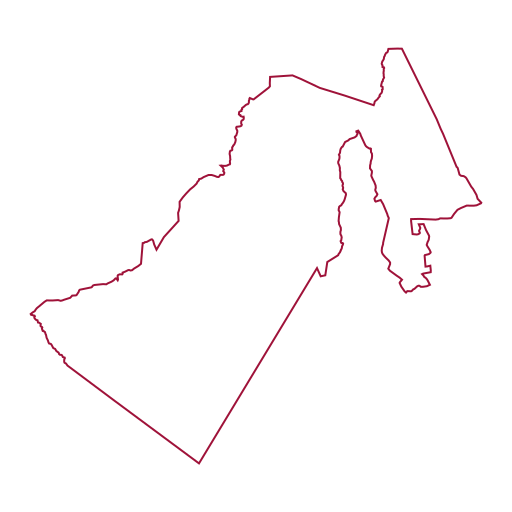 Buuri, Eastern, Kenya
{"feature_id": "3690345B42438423970575", "entity_name": "Buuri", "entity_type": "district", "adm_level": 2, "iso_a3": "KEN", "parent_name": "Kenya", "parent_adm1": "Eastern", "projection": "robinson", "projection_center": [37.421, 0.09], "detail": "fine", "context": "isolated", "style": "outline", "palette": "rose", "viewbox_px": 512, "rotation_deg": 0, "n_neighbors": 0, "source": "geoboundaries", "source_scale": "gbopen_adm2", "svg_char_len": 5996}
<svg xmlns="http://www.w3.org/2000/svg" viewBox="0 0 512 512"><path d="M401.9,48.7L397.3,48.6L388.4,48.9L387.7,51.7L387.3,52.4L386.5,52.7L386.0,53.1L385.0,54.9L384.7,56.0L384.1,56.9L383.8,59.0L383.0,60.5L382.3,61.4L381.7,63.7L382.0,64.7L382.5,65.2L382.5,67.0L383.9,67.3L384.2,68.0L383.7,68.9L383.8,71.0L383.6,71.6L383.5,73.4L383.7,74.0L383.7,76.1L384.1,77.6L383.0,79.5L382.7,81.3L382.1,81.6L381.1,85.4L381.2,86.3L382.0,86.5L382.6,86.9L382.7,89.2L382.0,89.7L382.2,90.8L381.7,92.7L380.2,94.3L379.5,95.4L379.8,96.3L378.6,97.6L377.4,99.3L375.1,101.2L374.6,102.0L374.4,103.3L373.7,105.2L344.8,95.6L319.8,87.9L301.2,79.1L292.5,75.4L270.1,76.9L269.8,82.9L269.9,86.3L268.8,87.6L253.6,99.4L252.8,99.3L249.8,98.0L249.4,98.6L249.4,99.5L248.9,100.7L248.9,102.4L248.5,103.5L247.8,104.2L247.1,104.3L245.9,104.9L243.3,107.2L242.7,107.5L242.0,108.2L242.1,109.3L241.4,109.9L241.5,111.0L239.5,111.7L239.1,112.2L238.9,114.4L239.6,115.0L240.4,115.1L240.6,116.1L242.9,116.9L243.6,116.7L243.8,117.9L243.6,119.2L243.0,119.9L242.1,120.3L241.6,120.8L241.2,121.7L241.2,123.7L241.8,124.6L241.5,125.6L240.8,126.1L239.9,126.4L236.6,126.8L236.2,127.5L236.3,128.7L237.3,130.7L237.3,132.0L236.3,135.3L234.9,136.7L234.9,137.6L235.5,138.5L235.7,139.3L235.7,140.2L235.3,142.1L234.2,144.6L233.2,145.5L232.9,146.5L232.3,147.1L232.1,147.8L232.3,149.3L232.2,150.0L231.6,150.5L230.4,150.7L229.9,151.5L229.6,153.9L230.1,156.1L230.2,158.4L230.4,159.5L229.9,160.9L229.9,162.0L230.1,163.5L229.9,164.3L229.1,164.5L226.9,165.6L225.2,165.9L222.6,165.8L221.6,165.5L220.7,165.6L222.8,167.6L223.8,169.7L223.2,171.1L224.3,172.5L224.2,173.7L223.6,174.6L222.9,174.9L220.3,174.9L219.2,176.5L218.5,177.0L217.1,176.9L214.7,175.9L211.7,175.0L208.5,175.0L203.6,177.1L201.3,178.6L199.1,179.1L199.0,180.0L198.5,180.8L197.6,181.6L196.6,183.6L193.7,186.5L190.1,189.4L186.2,193.5L182.8,197.4L179.6,201.8L179.7,207.0L178.9,210.5L178.1,212.9L178.6,220.9L163.9,237.1L156.5,249.7L154.2,244.5L153.2,240.9L152.8,240.2L151.9,239.3L151.1,239.5L146.8,241.9L144.8,242.2L144.2,242.8L142.7,243.1L141.0,263.8L138.3,266.0L134.0,268.6L132.1,270.2L130.5,270.5L129.1,270.0L128.2,270.1L124.8,271.8L122.6,272.6L122.7,273.7L122.2,274.4L119.7,274.3L118.0,275.1L117.6,275.9L118.0,279.6L117.7,280.3L116.3,278.4L115.5,278.4L113.7,280.3L111.5,281.7L107.7,283.4L106.3,284.3L103.1,284.1L94.3,285.0L92.9,285.6L91.8,287.1L91.2,287.4L80.4,289.6L79.7,289.8L79.1,290.5L78.7,291.8L76.6,295.0L75.9,295.4L72.2,295.6L70.2,297.8L63.9,299.8L62.4,300.4L60.7,300.8L58.1,300.1L52.2,300.5L46.7,300.4L44.5,301.8L36.8,308.2L35.6,309.7L34.7,311.2L32.7,312.4L30.7,314.0L31.2,314.9L32.5,315.0L33.1,315.4L34.5,315.6L34.9,316.3L34.3,317.1L34.4,317.9L34.8,318.6L36.1,319.9L37.5,320.3L38.0,322.5L39.1,322.7L40.8,323.9L40.6,324.8L40.5,325.9L41.1,326.6L41.9,326.9L42.3,327.5L41.9,328.6L42.7,330.9L43.5,330.8L43.9,331.4L45.0,332.1L45.6,334.2L46.0,334.8L46.6,337.8L47.9,340.4L48.5,342.4L49.1,343.5L50.8,343.9L51.5,344.7L53.3,348.1L55.1,348.9L55.6,349.6L56.0,350.6L57.7,352.1L58.3,352.3L58.8,353.0L59.1,354.1L60.0,354.8L61.5,354.9L62.1,355.4L62.8,357.0L64.7,357.6L64.8,358.5L64.3,359.2L64.2,360.0L64.2,361.9L64.6,362.8L66.0,363.5L67.5,365.6L114.7,400.9L199.0,463.4L317.0,268.1L320.7,276.3L325.3,275.3L327.3,262.0L338.2,255.2L338.5,254.2L340.1,252.1L340.3,251.2L340.8,250.7L340.9,249.8L341.5,249.0L341.9,247.8L342.0,246.4L342.9,244.6L343.1,243.5L342.6,243.0L341.8,243.1L341.2,242.8L340.6,241.1L341.2,240.4L341.7,237.3L341.2,235.5L340.5,234.4L340.4,233.6L340.4,231.8L340.9,230.1L340.8,227.7L339.1,224.1L338.9,222.0L338.6,221.1L338.9,217.3L339.6,212.3L339.3,211.4L338.7,210.5L338.7,209.1L339.2,206.7L340.1,205.9L341.3,205.3L341.7,204.4L343.1,202.6L344.1,200.8L344.7,199.2L346.0,194.7L345.8,193.2L343.5,191.1L342.7,189.2L343.1,188.3L343.1,187.3L342.6,186.3L342.5,185.2L343.0,184.1L342.9,183.0L342.3,182.2L342.1,181.0L341.3,180.3L341.1,179.4L340.2,178.2L340.3,172.1L339.8,170.2L339.9,168.0L339.3,165.5L338.3,163.4L338.2,162.7L338.2,161.8L339.3,159.0L339.5,157.8L339.5,155.9L338.9,154.8L340.0,152.8L340.3,150.2L340.8,148.6L342.0,146.9L342.7,146.6L345.1,142.0L348.3,140.4L349.6,139.1L354.6,137.4L356.5,136.0L356.7,135.3L357.5,133.9L357.6,133.0L356.5,132.1L356.4,131.3L358.2,130.6L359.4,132.4L360.5,134.3L360.6,135.1L363.8,142.0L365.3,145.2L366.0,146.2L366.9,147.0L369.5,148.6L370.2,148.4L370.9,148.7L371.0,152.1L371.9,153.6L372.1,155.9L371.8,158.6L371.1,160.4L370.7,162.0L370.6,163.5L370.1,165.3L370.0,168.4L371.9,171.0L371.9,172.6L371.3,175.5L371.5,176.4L373.1,179.9L374.1,181.7L375.6,185.5L375.8,187.9L375.3,189.5L375.3,190.3L375.7,191.3L377.4,194.2L376.6,195.9L375.3,197.2L374.4,198.7L374.6,199.5L375.2,201.2L375.7,201.6L380.7,200.0L383.1,204.1L387.2,213.9L387.7,215.7L388.8,218.1L383.1,242.9L383.1,244.0L382.0,247.7L381.7,250.7L382.0,252.6L382.6,253.9L383.9,255.6L385.5,257.4L388.7,260.5L390.1,262.5L390.1,264.1L388.3,268.7L389.9,270.7L396.6,275.6L399.6,277.6L402.0,279.7L400.0,282.1L399.6,282.9L401.3,286.6L404.5,291.2L406.0,292.6L407.3,291.1L411.0,291.3L411.7,291.0L413.3,289.3L414.4,288.9L417.2,286.3L417.8,286.0L418.6,285.7L419.5,285.8L420.8,286.8L422.9,286.8L426.9,286.2L429.9,284.8L427.7,280.5L426.9,279.2L425.4,277.6L424.5,277.2L424.0,276.5L423.5,275.6L422.1,274.1L423.1,273.6L430.7,272.2L430.8,270.5L430.3,265.7L427.4,266.4L425.5,266.6L424.6,255.7L424.9,255.1L428.9,254.1L430.4,252.9L430.7,252.2L429.6,249.8L427.4,246.3L426.7,244.9L427.6,242.0L428.5,240.3L428.8,239.3L429.2,236.4L428.9,235.4L426.0,230.0L423.6,224.1L418.8,224.3L420.3,227.9L420.0,229.0L419.1,230.7L419.2,231.4L419.8,232.4L419.8,233.1L419.3,233.6L418.2,234.2L416.8,234.5L412.6,234.1L411.1,221.1L411.1,219.1L419.8,218.9L435.6,219.6L438.5,219.2L440.1,218.4L447.0,218.5L450.6,218.2L451.5,217.8L454.1,213.9L457.5,209.8L461.0,208.0L466.7,205.6L473.6,205.7L476.6,205.3L481.0,203.3L481.3,202.7L477.6,198.8L476.5,195.0L475.9,193.9L473.1,189.0L471.2,186.6L466.5,178.4L465.6,177.3L463.7,176.1L461.1,175.8L459.5,174.6L457.7,168.0L457.3,167.4L456.6,166.9L443.0,133.7L440.7,128.9L436.7,119.2L401.9,48.7Z" fill="none" stroke="#9f1239" stroke-width="2"/></svg>